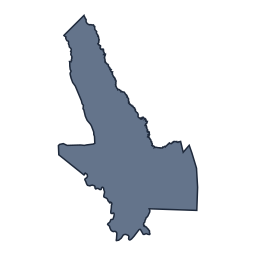 Shibuyunji, Central, Zambia (Natural Earth projection)
{"feature_id": "96606910B97598096149790", "entity_name": "Shibuyunji", "entity_type": "district", "adm_level": 2, "iso_a3": "ZMB", "parent_name": "Zambia", "parent_adm1": "Central", "projection": "natural_earth1", "projection_center": [27.684, -15.332], "detail": "fine", "context": "isolated", "style": "filled", "palette": "slate", "viewbox_px": 256, "rotation_deg": 0, "n_neighbors": 0, "source": "geoboundaries", "source_scale": "gbopen_adm2", "svg_char_len": 5771}
<svg xmlns="http://www.w3.org/2000/svg" viewBox="0 0 256 256"><path d="M84.0,15.4L63.9,35.4L64.3,35.9L65.9,36.9L65.7,38.0L66.2,39.4L67.0,40.7L68.4,41.3L68.6,42.0L68.4,43.7L69.1,45.3L69.3,46.9L70.8,48.4L71.3,49.4L71.1,50.6L70.6,51.4L71.3,52.1L71.0,53.1L70.8,54.6L71.8,56.3L71.9,56.9L71.7,57.4L72.0,57.9L71.4,59.5L71.6,60.6L71.0,61.2L70.9,61.7L70.3,61.4L69.5,61.5L69.7,62.0L69.8,66.1L70.2,69.4L71.1,71.1L70.1,73.2L70.2,74.5L71.1,78.2L72.7,82.5L75.3,86.1L81.4,100.7L82.1,103.7L83.4,105.3L83.0,108.8L83.8,109.8L85.3,116.1L86.4,118.7L87.2,120.4L90.5,124.3L91.5,126.1L93.7,132.0L93.8,134.5L94.5,136.4L94.8,143.3L93.2,144.1L86.7,144.9L84.4,145.4L80.6,145.0L67.1,145.4L63.3,143.6L59.6,144.4L58.4,145.6L58.8,154.8L84.0,175.0L84.8,174.0L84.8,173.4L85.3,173.1L87.2,174.4L87.5,176.4L86.6,177.9L85.2,178.6L84.8,179.7L85.8,181.6L86.6,183.9L87.5,185.3L90.0,185.9L90.4,185.5L92.3,185.1L94.2,185.7L94.9,186.3L95.0,188.0L95.6,188.9L96.1,188.9L96.5,188.5L96.9,188.4L98.3,188.5L98.1,188.1L98.3,188.6L100.0,189.6L100.9,189.5L101.2,189.2L101.6,187.8L102.2,187.2L102.9,187.4L103.6,188.2L103.8,189.6L104.5,191.6L104.5,192.7L103.8,195.6L103.8,196.6L104.1,197.1L106.5,198.2L107.5,199.2L108.0,200.8L108.6,201.3L109.7,202.9L110.1,202.9L110.1,202.2L110.6,202.1L111.5,202.7L111.8,203.3L111.9,204.0L111.4,205.4L111.3,207.9L110.8,211.3L110.8,212.9L111.1,213.3L112.1,213.6L112.9,213.1L113.7,213.1L113.9,213.3L114.2,214.4L113.9,216.4L113.0,219.1L112.6,219.4L111.1,219.5L110.7,219.9L110.1,221.6L109.2,222.7L108.1,223.4L107.6,224.3L107.9,224.8L109.5,226.2L110.0,228.1L111.0,230.2L112.2,231.2L113.3,231.6L115.0,231.3L116.3,232.1L116.6,232.6L116.8,233.2L116.8,234.3L116.5,238.7L116.2,240.2L116.4,240.6L118.7,240.2L121.3,238.1L123.3,235.0L124.1,234.6L125.8,234.4L128.2,235.4L128.7,236.1L128.9,236.6L128.6,238.4L128.8,239.4L129.4,239.9L130.1,239.9L131.5,239.0L133.9,236.4L139.0,229.7L139.5,229.4L140.4,229.4L143.2,234.3L143.5,234.4L144.3,234.4L146.1,233.6L148.2,234.4L149.6,234.5L150.0,233.9L149.5,232.7L149.5,230.9L148.7,230.0L148.4,229.2L147.6,228.8L146.5,227.2L145.4,226.6L145.2,226.7L144.0,226.2L143.8,225.7L144.2,225.3L143.7,225.1L143.5,224.3L143.9,222.9L144.7,222.2L145.1,220.2L145.8,218.9L146.2,217.5L146.9,217.2L147.8,216.1L149.7,212.1L149.9,210.7L149.2,208.8L196.8,210.4L197.6,187.3L196.5,168.2L191.9,153.0L189.2,145.3L183.2,152.3L180.6,141.4L180.0,141.5L179.4,141.9L178.3,141.9L177.9,142.4L177.0,142.0L176.8,141.6L176.5,141.9L175.8,141.6L174.2,141.5L173.8,141.9L173.7,141.6L172.2,142.5L172.0,143.2L171.5,143.6L170.5,143.6L169.3,142.9L168.5,144.1L167.9,144.2L166.4,145.9L165.3,146.3L165.2,146.8L164.7,146.4L163.3,147.2L162.7,147.1L162.6,147.9L162.3,148.0L160.7,147.9L160.2,148.1L160.0,147.8L158.0,147.7L156.2,147.3L155.7,147.5L155.0,147.1L154.4,147.5L154.5,147.1L154.2,146.8L154.3,146.5L153.1,145.8L152.8,146.1L151.9,145.5L152.3,144.9L152.1,144.6L152.3,143.8L152.1,143.2L151.5,142.8L151.6,142.2L151.3,141.9L151.5,141.7L151.0,141.3L150.9,140.1L150.0,138.8L149.7,138.8L149.6,138.1L149.0,137.7L149.0,136.9L148.3,136.7L148.3,137.3L148.1,137.2L148.0,136.6L147.7,136.6L148.4,135.1L148.2,134.7L149.2,134.6L149.4,135.0L149.6,134.7L149.2,133.4L149.3,132.2L148.7,131.5L148.2,131.8L148.0,132.2L147.3,131.8L147.4,131.5L147.1,130.8L147.5,130.4L147.6,129.7L146.6,128.3L146.8,127.4L146.6,126.7L146.2,126.8L146.3,125.7L145.5,125.1L145.2,125.2L145.7,123.9L146.5,123.7L146.9,123.0L147.3,121.6L146.8,121.7L146.8,121.2L146.5,121.0L145.9,121.2L145.7,120.4L146.0,119.9L145.8,119.3L145.3,119.3L145.1,118.9L144.8,119.1L144.9,118.8L144.5,118.9L144.4,118.6L144.2,118.6L144.2,118.2L143.6,117.8L143.4,117.3L142.4,117.3L142.3,117.9L142.0,117.7L141.5,118.6L141.7,119.0L141.2,119.1L140.7,119.0L141.0,118.3L140.7,118.3L140.7,118.0L139.5,118.1L138.2,117.0L138.0,116.5L138.2,114.7L137.8,113.5L137.3,112.7L136.9,112.6L136.5,112.2L135.4,111.0L135.5,110.6L135.2,110.4L135.4,109.6L134.8,109.0L134.9,108.7L134.8,108.4L134.5,108.4L134.4,107.8L133.5,107.5L133.5,107.1L132.7,106.5L132.8,106.2L131.8,105.9L131.8,105.4L131.2,105.4L130.9,104.8L129.9,104.4L130.0,104.1L129.6,104.0L128.6,103.1L128.6,102.7L128.8,103.0L129.1,102.7L128.8,102.4L128.7,102.0L129.0,101.9L128.9,101.2L128.4,100.5L128.6,99.0L127.8,97.7L127.5,97.4L127.4,96.9L127.1,96.9L127.3,96.4L126.7,95.8L126.9,95.6L126.7,95.2L126.2,95.0L126.1,94.6L125.4,94.0L124.3,92.2L122.6,91.8L122.3,91.9L121.9,91.5L121.5,91.6L121.6,91.4L120.9,91.1L120.7,90.6L120.4,90.7L119.6,90.0L119.5,89.8L119.1,89.7L118.8,89.4L118.2,89.4L117.8,89.7L117.6,88.9L116.9,88.3L116.2,86.7L115.6,86.0L115.9,85.4L115.5,84.5L115.9,84.1L115.9,82.8L115.7,82.7L116.1,81.2L115.9,81.0L115.9,80.3L115.2,79.9L115.3,79.5L114.9,78.9L115.1,78.7L115.0,78.2L114.6,78.0L114.1,77.1L113.8,77.1L113.8,76.8L113.2,76.2L113.0,75.3L112.3,74.4L112.2,73.6L112.5,73.3L112.3,72.6L112.5,71.9L111.7,72.0L111.5,71.6L111.1,71.6L110.6,70.4L111.0,69.8L110.4,69.8L110.5,69.2L110.0,69.2L110.1,68.7L109.8,68.0L109.5,67.9L109.6,67.4L108.6,66.7L108.3,65.9L108.4,65.0L107.7,64.2L106.8,63.9L106.4,63.1L105.2,62.5L105.4,61.7L105.3,61.2L104.9,61.1L105.0,59.2L104.5,58.3L104.6,57.5L104.4,57.4L105.3,55.0L105.0,55.0L105.1,54.6L104.7,54.9L104.7,54.5L104.3,54.5L104.5,54.3L104.0,54.2L104.5,53.7L104.4,53.4L104.1,52.5L103.8,52.2L103.7,51.5L103.4,51.4L103.3,50.8L103.5,50.8L103.6,50.2L103.4,49.2L102.8,49.0L102.4,49.6L102.0,49.6L101.3,49.4L101.0,48.8L100.6,49.0L100.0,47.9L100.6,46.8L100.3,46.1L100.4,45.7L99.6,45.6L99.5,45.0L98.8,44.9L98.0,44.0L97.9,43.5L98.4,43.3L98.8,42.6L98.7,41.6L98.9,41.3L98.7,40.9L99.1,40.3L99.2,39.8L98.9,39.6L98.5,36.8L98.2,36.0L97.8,36.1L97.7,34.9L96.5,33.3L96.4,32.8L96.7,31.6L94.8,29.5L94.8,28.2L94.6,27.9L94.8,26.6L94.6,26.3L93.9,26.1L93.7,25.2L93.2,24.8L92.1,25.0L90.9,24.6L89.7,24.8L89.4,24.6L88.8,24.6L87.2,23.6L86.1,21.8L86.1,19.3L85.3,18.7L84.9,17.3L84.2,16.2L84.0,15.4Z" fill="#64748b" stroke="#1e293b" stroke-width="1.5"/></svg>